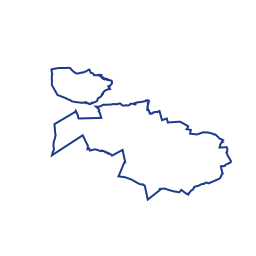 Morelos, México, Mexico (Mercator projection), rotated 154°
{"feature_id": "50627088B14737747696795", "entity_name": "Morelos", "entity_type": "district", "adm_level": 2, "iso_a3": "MEX", "parent_name": "Mexico", "parent_adm1": "México", "projection": "mercator", "projection_center": [-99.637, 19.725], "detail": "fine", "context": "isolated", "style": "outline", "palette": "blue", "viewbox_px": 256, "rotation_deg": 154, "n_neighbors": 0, "source": "geoboundaries", "source_scale": "gbopen_adm2", "svg_char_len": 5678}
<svg xmlns="http://www.w3.org/2000/svg" viewBox="0 0 256 256"><g transform="rotate(154 128 128)"><path d="M78.5,110.9L89.8,115.5L89.0,119.6L94.0,120.1L93.0,125.6L92.6,127.7L92.3,129.5L93.1,129.5L94.6,129.3L95.4,130.2L97.0,130.5L98.4,131.0L99.1,130.4L99.4,130.3L99.9,130.5L100.2,130.7L100.7,130.8L101.1,130.7L101.3,131.3L101.7,131.3L101.4,132.0L101.6,132.5L102.0,132.6L101.8,133.4L101.8,133.6L101.7,134.2L101.5,135.1L101.7,135.6L101.8,135.5L101.9,135.2L102.2,135.1L102.4,135.5L102.7,135.6L102.6,136.1L102.3,136.0L102.0,136.2L102.1,136.6L101.8,136.6L101.7,136.8L101.5,137.6L101.2,137.9L101.2,138.7L100.8,138.8L100.5,139.1L100.4,139.7L99.9,140.0L99.8,140.3L99.5,140.4L99.2,141.0L99.2,141.6L98.7,141.6L98.7,141.8L98.9,142.0L98.0,142.3L97.5,142.6L97.3,143.1L97.3,143.5L97.8,143.7L98.0,144.1L99.0,144.3L98.9,144.7L99.3,144.8L99.3,144.4L102.1,144.9L103.3,145.3L104.8,145.6L105.5,145.9L106.7,146.2L106.9,146.3L107.1,146.5L107.3,146.5L107.8,146.8L110.9,147.4L111.1,146.4L110.6,146.3L110.7,146.1L111.0,146.0L111.4,146.0L111.7,146.2L112.1,147.0L114.1,148.3L115.3,148.7L115.6,148.3L116.1,148.2L117.2,148.0L117.8,148.1L119.1,148.7L119.5,149.1L120.2,149.5L120.7,149.5L121.2,149.6L122.3,150.1L123.6,151.4L123.8,152.6L124.0,153.1L124.3,153.5L124.9,153.8L125.5,153.8L126.3,153.9L126.4,154.1L126.8,154.2L127.1,154.0L127.5,154.2L131.2,156.2L132.7,156.4L135.8,157.8L136.6,158.1L137.1,158.3L137.9,158.6L139.5,159.6L140.7,159.8L141.8,159.6L142.5,159.6L143.2,159.7L143.9,159.7L145.8,160.3L147.4,161.2L146.2,158.3L146.0,157.9L146.0,157.5L146.2,156.2L146.4,155.9L147.1,155.7L146.7,153.6L146.7,153.3L146.8,152.8L146.9,152.7L147.5,149.4L147.6,148.8L168.2,158.2L168.1,159.6L167.8,160.4L167.6,160.7L167.5,161.3L167.6,162.2L167.6,163.1L167.7,163.4L167.7,163.7L167.5,163.9L167.4,166.4L168.5,165.6L192.4,163.7L196.1,154.2L196.1,153.4L198.6,150.3L200.9,148.0L202.4,145.4L203.0,144.2L203.6,141.9L204.1,141.0L205.2,140.0L206.0,139.5L208.3,136.8L171.9,141.3L171.9,129.4L173.7,126.7L171.9,126.6L172.2,124.5L166.9,123.3L162.5,119.1L162.2,119.1L161.5,119.2L161.4,118.7L161.2,118.5L160.1,118.1L159.0,116.8L159.0,116.6L158.7,116.3L158.9,116.1L158.2,115.6L157.6,114.8L157.2,114.8L157.2,113.9L156.3,113.7L156.3,113.0L155.9,112.9L155.2,112.0L154.6,110.9L154.5,110.2L142.5,110.7L145.5,98.4L146.6,98.5L157.7,88.7L152.2,85.0L147.7,80.4L142.5,72.9L141.7,72.2L140.5,71.3L139.3,70.8L139.1,69.9L138.9,69.8L138.2,68.9L141.6,55.0L126.4,58.3L126.1,59.3L121.6,57.5L117.9,53.8L113.9,50.4L112.8,49.7L110.1,47.7L107.2,49.0L106.3,47.1L104.1,42.9L102.7,42.7L102.8,42.6L102.8,41.9L102.1,42.4L100.6,43.3L99.8,43.5L98.6,44.2L97.5,44.1L96.8,44.3L95.2,45.1L94.6,45.9L93.9,46.0L91.1,45.5L90.2,45.2L87.4,45.3L85.9,45.1L85.0,44.8L84.3,44.4L82.9,44.8L82.2,44.7L81.7,44.6L81.2,44.3L80.7,43.9L79.8,42.9L69.0,42.4L67.8,42.5L66.9,42.8L63.2,45.7L63.1,45.9L62.8,45.8L62.8,46.7L62.7,47.1L62.5,48.0L62.3,48.3L62.3,48.8L62.1,49.4L62.1,50.2L61.9,50.8L61.7,51.3L61.7,51.6L61.1,52.6L61.1,52.9L60.4,52.8L59.7,52.2L58.8,51.7L58.1,51.6L57.4,51.6L57.2,51.7L57.2,51.9L56.4,52.2L55.9,52.2L53.4,52.0L52.7,52.3L51.0,52.0L50.6,52.3L50.0,53.2L50.2,56.1L50.1,56.5L50.3,57.9L50.5,58.4L50.5,58.7L50.5,59.6L50.3,60.2L50.3,60.8L50.4,61.7L50.4,61.9L50.4,62.1L50.4,62.4L50.3,62.6L50.1,62.5L49.9,62.6L49.7,62.7L49.4,63.5L49.0,63.7L48.9,64.0L48.1,65.1L47.8,66.4L47.7,67.5L54.3,70.3L53.8,71.0L52.1,72.8L51.1,73.5L50.4,73.9L49.3,73.9L49.5,74.1L49.5,74.3L49.4,74.5L48.7,75.1L47.9,75.5L50.4,78.4L50.7,79.7L51.3,81.3L52.4,84.0L52.6,84.1L53.8,84.6L54.4,85.7L55.5,86.8L58.3,89.1L60.0,89.8L61.9,91.1L68.9,92.0L74.7,95.7L72.4,98.7L75.8,101.2L74.5,101.9L73.1,103.2L78.5,110.9ZM177.6,200.1L176.9,188.6L171.0,182.3L170.7,181.8L170.6,181.7L169.5,180.2L168.7,179.4L167.7,178.3L167.1,177.2L166.6,176.5L165.8,175.8L163.9,174.4L161.2,172.7L158.6,170.9L157.5,170.5L157.1,170.5L156.1,169.9L154.9,169.8L154.9,169.7L155.1,169.7L155.1,169.3L154.9,169.4L154.7,169.2L154.6,169.3L154.4,169.3L154.0,168.8L153.9,168.8L153.8,168.6L153.7,168.6L153.6,168.4L153.3,168.1L153.3,167.9L153.1,167.5L152.9,167.6L152.7,167.3L152.8,167.1L152.7,167.0L152.5,166.8L152.3,166.7L151.8,166.3L151.7,166.1L151.2,166.1L150.9,166.2L150.7,166.1L150.4,166.0L149.9,166.5L149.6,166.4L149.4,166.5L149.3,166.2L149.0,165.9L148.4,166.1L147.7,165.9L147.4,165.9L146.9,165.9L146.0,165.8L145.4,165.8L144.8,165.7L144.2,165.8L143.3,166.5L142.7,167.0L142.3,167.7L140.1,167.9L138.2,168.3L137.9,168.6L136.9,169.0L136.8,169.5L136.6,169.8L136.2,170.0L135.6,170.2L135.4,169.9L135.1,170.3L134.3,171.1L133.9,171.2L133.5,171.1L132.3,171.7L129.8,171.6L128.5,171.5L128.0,171.1L127.1,170.9L127.2,171.7L127.4,172.0L127.2,172.4L126.9,172.4L126.6,173.0L127.5,173.9L127.3,174.3L126.7,174.1L125.8,174.0L125.1,174.1L123.2,174.9L122.6,175.5L122.3,177.1L122.0,177.2L122.0,177.4L122.2,177.9L123.7,179.2L124.2,179.6L124.3,179.7L124.5,179.6L124.6,179.9L125.2,180.3L125.0,180.7L125.0,180.9L125.4,180.9L125.7,180.7L125.9,180.8L125.9,181.5L127.0,181.7L126.7,182.2L128.0,182.6L127.8,182.8L127.6,182.8L127.6,183.1L128.5,183.3L128.4,183.6L128.5,184.0L129.2,184.0L129.4,184.5L129.5,185.5L129.4,185.5L129.7,185.8L129.3,186.2L129.5,186.5L129.3,186.7L129.6,186.9L129.3,187.1L130.1,187.3L129.5,187.8L130.1,188.2L131.3,188.6L131.2,188.7L131.5,188.8L131.9,188.7L132.8,189.0L134.8,190.1L135.4,190.3L135.3,191.0L135.5,192.1L136.0,192.9L136.9,193.5L137.3,194.5L137.1,197.4L137.9,197.6L139.9,197.4L141.6,197.2L142.4,197.6L143.5,197.5L144.8,197.7L144.9,198.0L146.7,198.4L147.1,198.6L148.2,198.7L149.5,199.0L150.5,199.8L152.2,202.3L152.3,202.6L152.9,204.4L153.5,205.5L153.5,207.0L154.6,207.8L156.3,208.8L156.8,208.8L164.0,212.3L170.2,214.1L170.9,213.6L171.1,213.5L171.3,213.7L172.7,209.1L173.6,208.5L175.8,203.5L177.6,200.1Z" fill="none" stroke="#1e3a8a" stroke-width="2"/></g></svg>